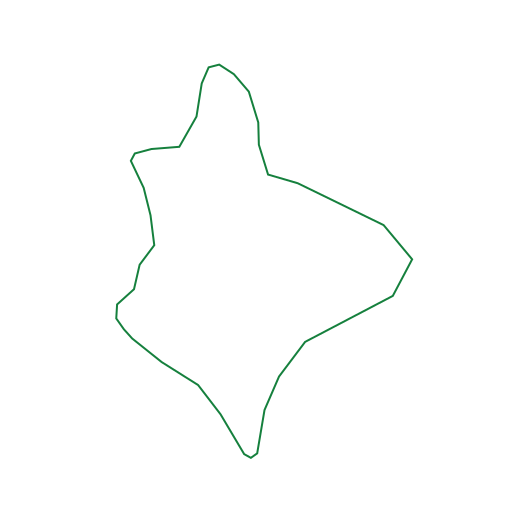 SVG path tracing the border of Bishkek, rotated 166°
{"feature_id": "KGZ-1115", "entity_name": "Bishkek", "entity_type": "Region", "adm_level": 1, "iso_a3": "KGZ", "parent_name": "Kyrgyzstan", "parent_adm1": "", "projection": "orthographic", "projection_center": [74.608, 42.858], "detail": "fine", "context": "isolated", "style": "outline", "palette": "green", "viewbox_px": 512, "rotation_deg": 166, "n_neighbors": 0, "source": "natural_earth", "source_scale": "10m", "svg_char_len": 594}
<svg xmlns="http://www.w3.org/2000/svg" viewBox="0 0 512 512"><g transform="rotate(166 256 256)"><path d="M309.8,61.4L315.4,66.6L328.7,111.0L343.4,144.8L373.2,175.9L396.1,205.9L401.9,216.8L406.7,229.2L402.5,242.6L382.4,253.3L371.0,275.7L352.1,291.1L348.5,321.0L348.5,349.3L354.4,378.6L348.8,384.8L331.6,385.1L304.0,380.5L280.0,405.7L266.9,436.6L256.3,450.5L245.4,450.6L233.5,437.8L223.2,417.2L221.5,385.0L226.3,363.3L224.6,332.1L197.9,316.5L124.7,255.1L105.3,215.0L132.9,184.2L229.1,160.8L262.8,133.5L285.0,104.5L302.6,64.2L309.8,61.4Z" fill="none" stroke="#15803d" stroke-width="2"/></g></svg>